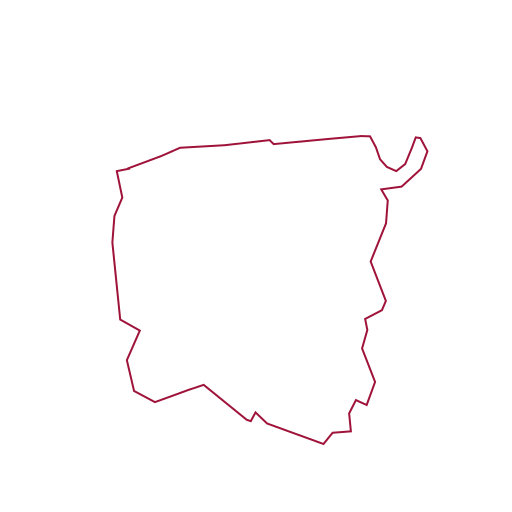 Craigavon, Mercator projection, rotated 24°
{"feature_id": "GBR-2088", "entity_name": "Craigavon", "entity_type": "District", "adm_level": 1, "iso_a3": "GBR", "parent_name": "United Kingdom", "parent_adm1": "", "projection": "mercator", "projection_center": [-6.356, 54.494], "detail": "fine", "context": "isolated", "style": "outline", "palette": "rose", "viewbox_px": 512, "rotation_deg": 24, "n_neighbors": 0, "source": "natural_earth", "source_scale": "10m", "svg_char_len": 796}
<svg xmlns="http://www.w3.org/2000/svg" viewBox="0 0 512 512"><g transform="rotate(24 256 256)"><path d="M223.1,430.6L199.5,428.9L180.4,403.7L180.2,371.4L157.8,369.3L119.3,302.1L110.4,277.0L110.1,257.0L94.3,235.1L104.4,228.0L103.9,227.6L129.0,203.0L142.6,188.0L182.2,167.6L221.3,144.6L226.6,146.6L274.4,119.7L303.2,103.7L311.5,100.3L321.3,107.9L330.0,117.2L339.3,121.4L349.6,121.4L354.9,111.3L354.4,93.6L353.7,82.7L358.2,81.4L370.0,90.6L371.3,109.3L360.8,133.4L343.3,144.2L353.8,151.7L361.5,173.3L363.0,214.4L392.9,244.2L393.1,254.2L381.3,269.1L387.8,278.3L390.5,297.3L416.0,322.6L417.7,347.1L405.9,347.0L405.1,361.9L414.0,377.6L397.9,386.3L394.1,400.3L334.3,404.5L319.2,399.1L318.4,409.0L314.1,409.4L260.6,395.0L248.9,405.7L223.1,430.6Z" fill="none" stroke="#9f1239" stroke-width="2"/></g></svg>